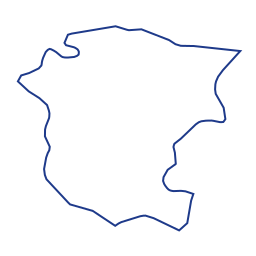 the Department of Sololá, rotated 271°
{"feature_id": "GTM-1954", "entity_name": "Sololá", "entity_type": "Department", "adm_level": 1, "iso_a3": "GTM", "parent_name": "Guatemala", "parent_adm1": "", "projection": "natural_earth1", "projection_center": [-91.246, 14.721], "detail": "fine", "context": "isolated", "style": "outline", "palette": "blue", "viewbox_px": 256, "rotation_deg": 271, "n_neighbors": 0, "source": "natural_earth", "source_scale": "10m", "svg_char_len": 1412}
<svg xmlns="http://www.w3.org/2000/svg" viewBox="0 0 256 256"><g transform="rotate(271 128 128)"><path d="M220.2,66.3L221.4,70.1L229.5,113.8L226.2,125.2L225.8,127.2L226.9,139.7L216.6,167.6L212.6,174.0L211.1,179.4L211.1,192.4L206.9,238.9L187.5,221.9L180.9,217.2L176.1,215.2L173.2,214.6L168.1,214.4L163.7,215.1L149.9,223.3L138.6,225.2L137.2,224.3L135.7,223.2L135.5,221.5L135.5,219.7L136.7,213.1L136.9,211.3L136.7,205.9L136.0,201.2L135.0,198.7L132.8,195.7L118.3,181.1L113.1,174.7L111.7,174.2L109.8,173.8L104.2,175.3L93.0,176.4L92.6,176.0L86.9,168.4L79.5,164.4L75.7,164.0L72.6,165.2L70.9,166.3L68.5,168.2L67.1,169.7L66.3,171.3L65.9,173.0L65.7,174.7L66.1,182.0L65.7,186.5L63.2,194.5L56.5,192.4L33.9,188.9L26.5,180.9L38.3,155.2L40.7,147.0L40.6,145.0L40.0,141.8L33.8,123.0L32.4,120.3L30.0,116.9L44.5,94.2L50.6,71.4L52.5,69.4L75.3,47.4L79.6,45.7L85.5,44.8L97.0,46.7L101.5,48.2L104.4,49.7L107.9,50.1L118.2,45.1L125.0,45.1L128.5,45.9L136.5,48.9L138.0,49.1L141.3,49.2L144.0,48.6L149.5,46.7L156.3,38.9L162.9,28.1L172.7,17.1L178.7,20.3L181.2,28.1L186.0,37.7L189.0,40.3L190.5,40.6L191.8,40.7L194.0,41.1L196.7,41.9L202.5,44.4L204.7,46.4L205.7,48.2L205.4,49.7L204.1,52.4L202.6,54.9L198.5,60.0L197.8,61.3L197.4,63.6L197.4,66.7L198.1,73.0L199.2,75.7L200.5,77.3L201.9,77.5L203.4,77.5L204.7,76.9L205.8,76.1L206.5,75.0L207.2,73.9L207.8,72.5L209.7,64.6L212.0,63.0L220.2,66.3Z" fill="none" stroke="#1e3a8a" stroke-width="2"/></g></svg>